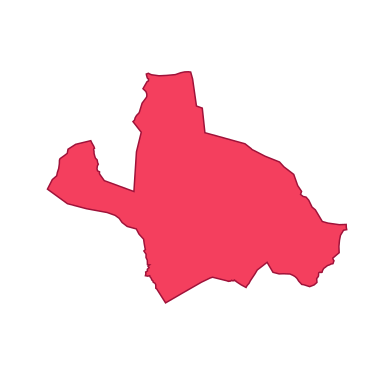 outline of Dange Shuni, Sokoto, Nigeria, rotated 162°
{"feature_id": "59680162B96995039930644", "entity_name": "Dange Shuni", "entity_type": "district", "adm_level": 2, "iso_a3": "NGA", "parent_name": "Nigeria", "parent_adm1": "Sokoto", "projection": "orthographic", "projection_center": [5.413, 12.816], "detail": "fine", "context": "isolated", "style": "filled", "palette": "rose", "viewbox_px": 384, "rotation_deg": 162, "n_neighbors": 0, "source": "geoboundaries", "source_scale": "gbopen_adm2", "svg_char_len": 3109}
<svg xmlns="http://www.w3.org/2000/svg" viewBox="0 0 384 384"><g transform="rotate(162 192 192)"><path d="M279.0,198.7L272.4,193.6L269.4,189.5L267.9,184.6L264.3,179.3L256.4,174.1L255.4,168.3L252.6,162.1L253.4,157.7L254.0,153.3L254.1,151.7L256.0,150.8L254.9,147.0L256.0,143.9L255.6,141.0L256.2,138.8L256.8,136.8L254.8,135.8L256.8,135.1L256.2,133.3L258.4,132.3L258.7,130.7L260.8,130.2L261.2,128.4L262.2,126.8L260.0,125.6L258.1,125.5L258.1,124.2L257.4,122.3L257.5,120.9L256.7,119.7L256.7,118.0L255.6,117.0L255.1,115.3L255.6,113.4L256.2,111.7L255.5,110.7L251.4,94.7L233.3,98.6L210.9,103.3L201.3,104.6L198.8,104.6L186.3,96.8L185.6,96.2L185.3,96.1L185.0,96.0L185.0,95.9L184.8,95.7L184.7,95.7L184.3,95.7L184.2,95.7L183.9,95.6L183.7,95.5L183.3,95.6L183.2,95.5L183.1,95.4L182.8,95.4L182.6,95.4L182.2,95.5L181.9,95.7L181.7,95.8L181.5,95.7L181.3,95.6L181.2,95.5L181.2,95.3L181.0,95.2L180.8,95.1L180.6,94.9L180.1,94.9L179.7,94.7L179.5,94.8L179.2,94.9L179.3,95.0L179.1,95.2L178.8,95.2L178.7,95.0L178.7,94.9L178.5,94.7L178.4,94.3L178.3,94.0L178.0,93.8L177.7,93.7L177.7,93.4L177.5,93.0L174.0,88.6L170.1,84.5L168.5,86.0L166.0,87.5L164.0,89.5L157.3,94.8L154.0,97.7L149.5,99.3L142.3,101.9L139.8,90.6L134.5,87.2L130.3,86.0L126.8,84.7L124.1,83.7L121.7,81.5L120.2,79.8L119.1,77.9L118.7,76.8L118.1,74.4L116.2,70.2L114.4,69.3L109.3,65.6L104.5,65.9L101.1,67.4L100.2,71.1L98.4,72.3L97.6,73.1L97.2,74.2L96.6,75.7L96.2,76.1L95.5,76.2L95.2,76.2L94.7,76.0L94.5,75.7L94.3,75.6L94.1,75.6L93.8,75.5L93.4,75.6L92.9,75.6L92.6,76.3L92.1,77.0L91.3,77.7L90.6,78.4L89.6,78.9L88.8,79.1L85.8,80.2L83.6,80.2L83.2,80.3L82.7,80.4L82.4,80.5L82.1,80.5L81.7,80.5L81.2,80.4L80.8,80.4L80.4,80.3L80.0,80.3L79.6,80.9L79.3,81.3L79.0,81.8L78.5,82.3L78.2,82.8L78.3,83.0L78.4,83.4L78.5,83.6L78.5,84.0L78.6,84.3L78.6,84.5L78.6,85.0L78.6,85.3L78.5,85.6L70.8,88.8L69.1,94.8L66.6,100.6L64.2,104.9L59.7,108.8L56.5,108.4L56.2,110.6L55.4,113.5L62.0,115.4L72.3,120.4L77.2,123.7L80.2,136.9L82.5,140.6L83.5,148.1L85.1,151.9L87.8,153.5L89.5,156.2L87.6,158.7L89.5,165.4L89.8,177.3L96.8,187.5L99.5,193.5L111.5,203.5L119.6,211.7L121.7,213.7L122.4,215.1L126.7,221.5L161.4,244.4L156.3,268.6L161.2,272.4L156.5,299.3L156.2,306.5L158.4,307.5L162.0,308.5L165.8,308.9L171.6,308.8L180.0,310.7L187.4,312.7L194.2,316.0L195.9,317.4L196.8,318.4L199.0,318.3L199.2,316.7L199.2,315.8L199.3,314.4L199.0,313.6L198.4,312.9L198.9,311.7L199.2,311.1L200.7,310.8L206.7,305.4L204.8,301.8L204.7,299.9L204.8,298.8L205.4,297.0L206.1,296.1L212.0,291.9L217.3,284.3L218.1,283.5L221.0,282.0L223.0,280.3L224.5,278.1L226.4,277.2L221.8,264.5L232.4,247.4L247.1,210.4L271.9,229.9L273.9,236.2L274.4,238.0L273.7,239.8L275.3,241.3L275.2,243.4L273.9,246.1L272.5,247.4L272.7,248.9L272.4,251.0L272.3,251.8L272.8,252.9L273.3,253.8L273.4,254.5L273.4,255.6L273.4,256.3L273.2,259.1L272.6,261.1L272.5,262.7L272.1,263.4L271.2,263.7L271.3,265.8L272.1,269.7L272.4,272.1L287.9,273.3L296.7,271.0L298.7,267.3L302.1,266.1L305.6,265.0L307.2,264.5L308.2,263.3L309.5,259.7L311.5,255.6L314.0,252.2L315.7,249.2L321.0,247.0L328.6,239.4L314.1,219.4L297.5,208.7L279.0,198.7Z" fill="#f43f5e" stroke="#9f1239" stroke-width="1.5"/></g></svg>